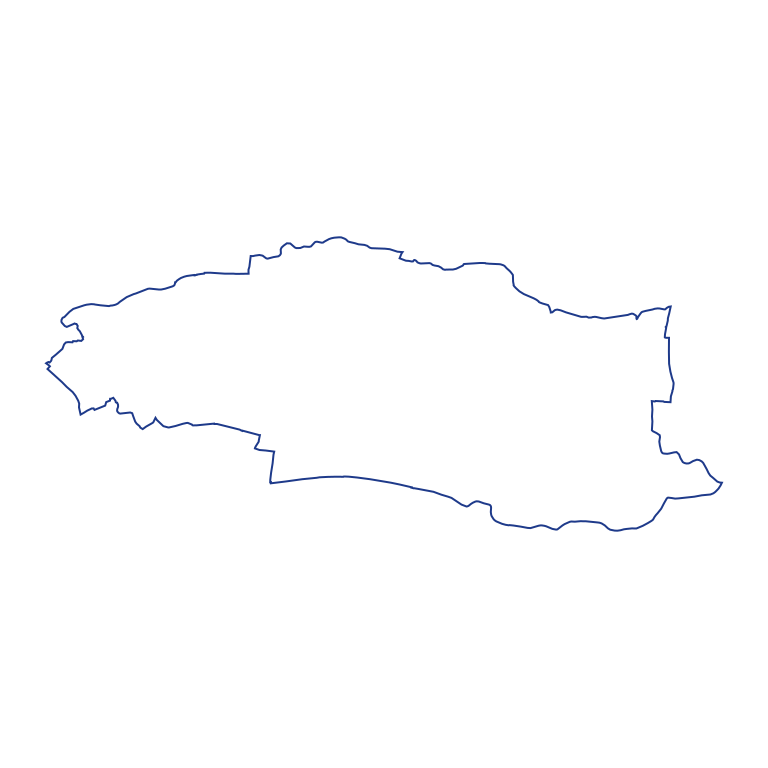 the district of Maliuc, Tulcea, Romania
{"feature_id": "2599482B10791122672242", "entity_name": "Maliuc", "entity_type": "district", "adm_level": 2, "iso_a3": "ROU", "parent_name": "Romania", "parent_adm1": "Tulcea", "projection": "natural_earth1", "projection_center": [29.072, 45.185], "detail": "fine", "context": "isolated", "style": "outline", "palette": "blue", "viewbox_px": 768, "rotation_deg": 0, "n_neighbors": 0, "source": "geoboundaries", "source_scale": "gbopen_adm2", "svg_char_len": 6052}
<svg xmlns="http://www.w3.org/2000/svg" viewBox="0 0 768 768"><path d="M670.7,306.5L668.7,306.8L666.8,307.9L665.3,309.3L664.3,309.4L659.6,308.5L657.7,308.4L654.7,308.8L652.5,309.5L645.7,310.9L642.7,311.7L641.6,312.2L640.5,313.5L638.1,316.9L637.2,318.8L636.7,319.0L636.4,318.2L636.5,316.3L635.7,315.4L633.3,313.9L631.9,313.6L629.7,314.2L627.9,314.9L604.2,318.5L601.7,318.2L596.4,317.0L594.9,316.8L592.4,317.1L591.4,317.5L588.7,317.6L586.5,316.7L582.1,316.9L581.0,316.8L566.1,312.4L560.6,310.3L557.3,309.6L556.0,309.8L554.8,310.2L552.3,312.3L550.8,312.5L550.7,311.5L549.3,307.1L548.1,305.1L542.5,303.5L539.6,302.4L538.8,301.9L538.6,301.4L536.5,299.8L533.7,298.3L523.9,294.1L519.4,291.3L516.0,288.2L514.3,286.4L513.6,285.3L513.7,284.9L513.1,281.7L512.9,275.5L512.8,274.8L510.8,272.2L509.6,270.9L506.7,268.3L504.5,265.9L503.2,265.2L500.8,264.4L499.7,264.2L489.0,263.7L485.7,263.4L485.3,263.1L482.6,263.0L479.7,263.0L464.1,264.0L463.7,264.2L463.0,265.4L462.6,265.7L456.1,268.8L453.0,269.5L446.1,269.6L445.0,269.8L443.1,269.3L441.1,267.6L438.5,266.2L434.5,265.5L432.5,264.9L431.2,263.7L429.6,263.1L420.8,263.5L419.4,263.2L417.5,262.4L416.2,260.8L414.7,260.0L413.9,260.2L413.0,261.4L411.8,261.5L408.7,260.9L405.9,260.7L399.6,258.3L401.5,253.5L402.5,252.1L397.5,251.7L389.7,249.2L385.1,248.7L371.5,248.2L369.6,247.6L367.2,245.8L364.4,244.9L358.5,244.3L354.9,243.2L349.3,241.9L347.8,241.3L346.3,239.7L344.7,238.7L341.3,237.4L339.1,237.3L334.2,237.7L331.3,238.3L329.0,239.1L324.4,241.6L323.2,242.5L321.9,242.7L317.0,241.7L315.5,241.9L314.8,242.3L311.0,246.4L309.5,246.8L308.0,246.8L304.0,246.5L300.3,248.0L296.3,248.1L294.9,247.5L290.3,243.5L286.9,243.3L283.8,245.5L281.6,247.5L280.7,249.5L280.9,253.3L280.6,254.2L279.8,255.3L278.4,256.3L273.5,257.1L267.8,258.6L267.1,258.6L266.0,258.2L262.7,255.7L262.0,255.5L259.4,255.0L255.1,255.6L253.0,256.1L250.7,256.0L249.4,266.7L248.5,269.7L248.5,271.6L248.6,273.7L236.2,273.9L233.8,273.7L225.4,273.7L210.1,272.7L204.5,272.8L204.2,273.6L200.7,274.0L196.9,274.6L196.8,274.9L195.0,275.1L194.9,275.4L194.3,275.4L194.2,275.0L193.2,275.1L186.8,276.0L184.2,276.7L180.9,278.0L178.8,279.3L176.9,280.7L175.7,282.3L175.1,282.3L175.0,283.5L174.4,285.1L173.9,285.6L172.7,286.3L165.2,288.7L161.3,289.5L158.6,289.5L149.7,288.6L147.9,288.8L135.8,293.5L133.7,294.1L126.7,297.1L119.9,301.8L117.8,303.6L116.0,304.5L114.5,305.0L112.2,305.5L110.5,305.6L109.0,306.1L100.5,305.3L94.9,304.5L94.2,304.3L91.3,304.1L86.6,304.7L84.2,305.3L73.3,308.9L69.5,311.8L64.4,317.0L62.8,317.7L62.4,318.1L61.5,319.9L61.4,321.6L61.7,322.5L64.8,326.0L66.8,326.9L73.8,323.9L74.5,323.5L75.9,324.0L76.5,324.0L77.7,325.9L77.3,328.1L78.4,329.8L79.8,331.2L81.9,335.1L82.3,336.6L83.0,336.7L83.1,336.9L82.5,337.3L83.1,339.2L81.3,340.9L77.8,340.5L76.7,341.3L73.1,341.1L72.5,342.3L68.1,342.1L65.8,342.5L64.1,344.4L62.4,348.9L55.7,354.8L51.9,357.9L51.4,360.2L51.0,361.0L49.6,362.5L48.5,362.0L47.1,362.6L46.1,363.3L49.1,365.5L49.9,366.3L47.5,369.0L62.1,382.2L66.6,386.8L72.7,392.1L75.6,395.9L78.2,400.7L79.2,403.6L79.0,407.4L80.6,414.6L84.0,412.7L87.3,410.6L90.7,409.0L91.6,408.5L93.6,408.4L94.5,409.9L105.2,405.6L106.2,402.1L110.0,400.6L110.0,399.6L110.1,398.8L111.0,398.8L113.3,397.8L115.5,400.8L115.8,402.2L116.9,402.9L117.2,402.8L118.0,404.6L118.1,406.3L117.9,407.4L117.3,408.9L117.1,410.4L117.3,411.4L118.1,412.4L119.2,413.3L120.2,413.6L130.2,412.5L132.2,413.2L133.2,416.2L135.2,421.6L136.6,423.6L139.6,426.2L140.3,427.6L142.7,429.1L146.1,426.6L152.6,422.9L153.3,422.3L155.5,417.8L156.8,419.9L163.1,425.9L163.5,426.2L168.0,427.4L168.9,427.5L175.5,426.0L182.8,423.8L186.4,423.0L187.8,422.9L192.0,424.6L192.4,425.2L192.9,425.4L197.0,425.3L214.2,423.6L214.3,424.0L217.1,424.0L226.0,426.2L239.6,429.6L240.6,430.1L241.0,430.4L242.2,430.9L242.3,430.6L259.2,435.1L259.9,435.1L258.8,440.5L258.7,441.7L255.9,446.1L255.1,447.6L254.9,448.4L259.5,450.0L265.6,450.5L274.2,451.6L273.5,454.7L272.6,463.4L271.1,472.7L270.3,479.5L270.2,482.2L270.9,482.1L270.9,483.3L285.6,481.5L302.3,479.2L316.6,477.8L319.5,477.3L327.6,476.9L336.7,476.7L343.3,476.8L343.5,476.6L344.9,476.5L349.0,476.7L357.0,477.5L370.0,479.2L390.9,482.7L399.6,484.5L411.7,487.3L411.5,487.7L413.6,488.3L414.0,488.2L418.1,488.9L433.5,491.8L441.4,494.7L448.1,496.7L451.5,497.9L461.5,504.6L466.5,506.5L467.2,506.4L468.5,505.9L471.0,503.9L472.9,502.7L475.3,501.6L476.6,501.3L478.8,501.5L483.8,503.3L489.0,504.6L489.9,505.0L490.4,505.5L490.9,506.3L491.1,507.8L490.8,512.0L491.2,514.8L491.7,516.2L493.6,519.2L494.7,520.3L496.3,521.4L502.0,523.8L505.6,524.8L508.8,525.3L509.4,525.1L513.3,525.5L520.6,526.6L527.6,527.9L530.5,528.1L538.7,525.7L540.5,525.4L541.8,525.4L544.4,525.8L546.2,526.3L552.4,528.9L556.1,529.6L557.4,529.4L562.4,525.5L564.6,524.1L569.8,521.8L571.3,521.5L574.8,521.7L580.3,521.2L586.1,521.3L597.1,522.4L599.5,522.7L601.6,523.4L604.8,525.4L608.0,528.4L610.2,529.7L614.7,530.6L617.5,530.7L620.7,530.2L623.9,529.3L626.9,528.9L631.9,528.4L636.2,528.5L637.1,528.2L642.8,525.8L647.8,523.1L651.1,521.1L652.4,520.2L653.1,519.5L654.5,517.0L655.9,515.1L657.7,513.1L661.2,508.7L664.0,503.3L666.8,498.4L668.0,497.6L671.5,498.0L675.1,498.6L678.3,498.4L694.3,496.7L701.8,495.3L710.4,494.5L713.4,493.3L715.2,492.0L717.2,490.0L718.5,488.6L720.6,485.4L721.9,482.7L719.7,482.5L717.3,481.6L713.1,477.9L710.3,475.6L708.6,473.1L706.6,469.0L703.2,462.9L701.7,461.4L699.3,460.1L696.9,459.7L693.0,461.1L690.1,462.8L688.7,463.4L686.4,463.5L684.4,463.0L682.8,462.1L680.5,458.2L679.0,454.4L676.6,452.1L674.0,452.4L669.3,453.5L667.2,453.8L664.4,453.6L663.2,453.4L662.5,453.1L661.8,452.3L661.2,451.1L659.9,445.6L659.3,441.6L660.0,437.1L659.7,435.2L656.6,433.1L653.0,431.3L651.9,430.3L652.4,421.4L652.0,416.5L652.4,409.6L651.8,401.1L654.9,401.5L655.5,401.0L663.4,401.4L664.2,401.9L670.5,402.2L670.9,396.3L672.4,391.4L672.4,390.6L673.0,389.1L673.6,383.8L673.5,382.4L672.0,377.9L670.4,371.6L669.1,363.8L668.9,351.9L669.0,337.8L666.3,337.8L665.1,337.6L664.8,337.3L665.0,334.3L666.2,327.7L665.7,327.0L666.0,326.6L666.4,326.4L666.6,325.8L667.8,320.6L667.9,318.3L669.2,313.4L670.7,306.5Z" fill="none" stroke="#1e3a8a" stroke-width="2"/></svg>